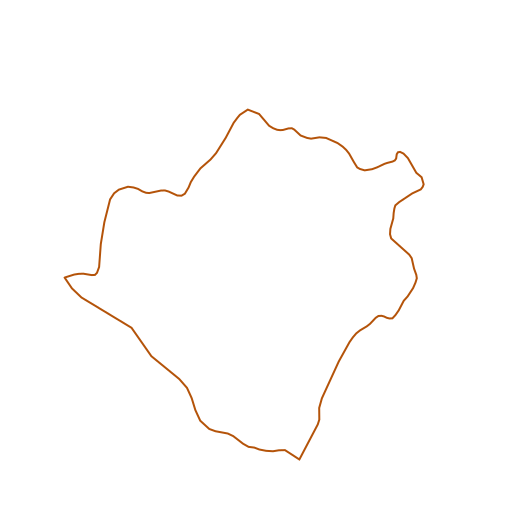 SVG path tracing the border of Teleorman, rotated 35°
{"feature_id": "ROU-127", "entity_name": "Teleorman", "entity_type": "County", "adm_level": 1, "iso_a3": "ROU", "parent_name": "Romania", "parent_adm1": "", "projection": "albers", "projection_center": [25.251, 44.09], "detail": "fine", "context": "isolated", "style": "outline", "palette": "amber", "viewbox_px": 512, "rotation_deg": 35, "n_neighbors": 0, "source": "natural_earth", "source_scale": "10m", "svg_char_len": 1848}
<svg xmlns="http://www.w3.org/2000/svg" viewBox="0 0 512 512"><g transform="rotate(35 256 256)"><path d="M408.2,397.8L391.1,398.4L386.2,402.0L381.9,406.2L376.0,409.8L369.7,412.6L364.5,413.9L359.4,416.6L353.1,417.2L340.6,416.6L338.9,416.9L334.7,417.6L323.3,422.8L316.9,424.5L304.8,422.9L294.7,417.0L285.2,409.6L284.3,409.0L275.1,403.6L263.7,400.8L227.8,398.1L195.2,386.2L136.8,390.1L123.8,388.1L111.7,383.5L111.7,383.4L112.0,382.9L117.7,375.5L120.9,372.4L124.6,369.6L132.3,365.9L134.9,363.9L135.4,361.0L133.8,355.0L122.0,335.2L112.4,315.3L104.0,293.3L103.8,286.0L105.6,280.3L111.4,272.7L116.4,270.1L120.9,268.7L125.7,268.3L129.6,267.3L132.4,265.7L140.7,256.8L143.9,254.5L147.5,253.3L156.8,251.6L160.4,249.3L162.0,245.8L161.5,238.6L160.2,232.8L159.8,226.4L160.2,216.1L163.4,203.1L164.3,194.6L163.4,176.5L161.3,159.6L161.5,153.5L161.8,149.6L165.3,140.8L177.1,137.9L192.0,141.8L196.7,141.5L200.9,140.5L203.7,139.0L205.8,137.3L209.4,132.9L212.1,130.8L214.8,130.5L223.4,131.7L230.1,130.0L233.8,128.3L239.9,122.4L245.7,119.1L258.1,116.7L264.3,116.7L269.1,117.4L273.5,118.7L282.3,122.9L288.1,125.4L291.2,125.1L295.9,123.5L301.3,118.3L304.3,114.0L308.4,106.8L310.1,104.5L313.7,100.3L314.9,98.1L314.9,95.8L312.9,91.9L312.8,89.6L314.3,88.1L318.1,87.5L324.3,88.7L339.6,95.9L346.5,96.5L352.2,101.1L352.9,103.7L352.8,106.9L348.1,115.1L342.4,129.6L341.1,134.6L342.1,137.7L344.1,141.8L346.9,146.5L350.5,156.7L353.3,161.3L356.7,164.1L380.8,167.0L384.8,168.5L392.6,175.6L398.1,179.5L400.5,182.0L401.9,186.3L403.1,192.2L403.4,202.2L402.7,207.9L404.1,218.7L404.1,224.5L403.5,228.8L401.2,230.6L398.6,231.6L395.5,232.1L393.1,233.0L390.7,234.9L389.5,238.0L388.3,246.2L387.1,250.1L383.9,257.2L382.5,261.9L382.0,267.1L382.0,272.9L384.3,294.9L391.6,334.8L394.9,344.2L401.7,353.7L403.2,358.5L408.2,397.6L408.2,397.8Z" fill="none" stroke="#b45309" stroke-width="2"/></g></svg>